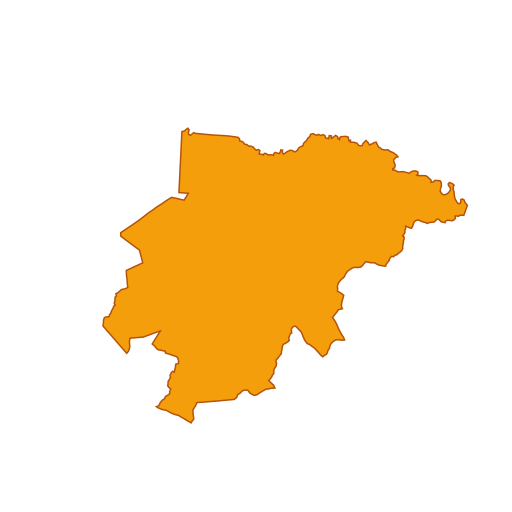 the district of Nyeri Town, Central, Kenya, rotated 309°
{"feature_id": "3690345B58692620094819", "entity_name": "Nyeri Town", "entity_type": "district", "adm_level": 2, "iso_a3": "KEN", "parent_name": "Kenya", "parent_adm1": "Central", "projection": "orthographic", "projection_center": [36.977, -0.417], "detail": "fine", "context": "isolated", "style": "filled", "palette": "amber", "viewbox_px": 512, "rotation_deg": 309, "n_neighbors": 0, "source": "geoboundaries", "source_scale": "gbopen_adm2", "svg_char_len": 6137}
<svg xmlns="http://www.w3.org/2000/svg" viewBox="0 0 512 512"><g transform="rotate(309 256 256)"><path d="M99.0,216.8L101.8,216.8L104.2,216.0L106.6,214.6L109.8,211.4L111.5,210.6L112.8,209.7L122.0,219.4L134.3,226.7L137.5,228.8L122.3,230.7L122.2,232.6L122.3,234.2L121.6,236.0L121.5,239.0L123.0,241.5L123.6,243.0L125.0,245.3L123.6,246.7L124.6,249.0L126.1,252.9L126.7,254.8L127.6,256.7L127.7,259.0L125.7,261.9L123.7,263.4L121.4,261.7L118.7,263.5L115.7,264.8L114.4,265.6L113.9,263.8L112.1,263.6L109.0,264.4L107.6,266.1L103.3,266.6L101.4,268.0L99.5,269.2L99.0,271.2L99.0,273.5L96.2,274.2L94.9,275.5L92.9,275.2L90.0,274.1L87.4,274.7L84.5,273.8L81.5,273.9L80.0,274.4L78.4,274.6L76.2,273.4L76.4,275.4L77.3,278.7L78.1,280.6L79.3,282.7L79.9,284.7L80.6,289.1L81.6,292.3L83.4,296.3L83.7,299.4L84.2,301.7L84.8,306.4L85.5,310.6L87.7,310.2L89.6,310.4L90.9,309.6L92.4,307.8L94.8,305.5L96.7,303.8L99.3,303.6L102.0,303.2L104.8,302.3L118.6,316.8L130.8,329.3L133.1,329.9L134.8,329.8L136.9,328.9L138.6,329.8L142.7,330.3L144.2,331.2L145.4,332.4L146.5,334.2L145.6,337.8L146.0,340.4L146.6,342.3L148.8,344.1L150.8,344.6L152.4,345.2L155.4,346.2L158.8,347.6L160.7,349.5L162.4,350.7L164.0,352.3L165.2,353.8L166.6,351.3L167.2,344.2L169.0,344.4L172.0,344.3L173.9,343.7L175.9,343.7L177.4,342.6L179.1,341.3L180.6,341.2L183.5,340.8L185.7,339.4L186.6,337.8L188.2,337.0L190.2,337.4L192.6,337.1L194.5,337.2L196.1,337.1L197.7,336.0L201.2,334.1L203.0,333.1L204.8,332.9L206.7,333.9L208.8,334.6L211.2,335.1L212.4,333.4L214.3,332.5L217.1,331.6L218.7,332.2L220.0,330.7L221.6,329.4L223.8,329.2L226.0,330.3L226.4,332.2L226.0,333.9L225.7,336.4L225.6,337.9L225.1,339.7L224.2,341.3L223.3,342.7L222.2,344.9L221.1,347.1L220.5,349.4L220.2,351.1L220.9,353.2L221.0,355.0L221.0,356.7L221.2,358.6L221.1,360.7L220.7,362.6L220.3,365.4L219.7,368.8L219.7,371.4L222.2,371.8L223.8,372.6L225.7,372.3L227.8,371.4L230.5,371.2L232.2,370.3L234.0,369.6L237.1,369.6L239.4,370.1L241.2,371.0L242.4,372.3L243.4,373.8L244.3,375.2L245.4,376.6L246.5,377.7L247.9,375.1L248.7,372.6L249.4,370.8L250.7,367.5L251.7,365.4L252.7,363.6L254.0,361.1L255.0,358.6L255.8,356.3L256.3,354.1L260.7,354.1L263.4,354.1L266.1,353.8L269.4,356.4L270.4,354.4L271.9,353.0L274.0,351.9L276.4,350.8L278.9,349.7L280.7,348.9L280.6,344.8L279.9,341.4L282.2,339.9L283.3,338.6L285.0,337.7L287.3,337.0L290.7,337.0L292.4,337.1L293.8,337.6L295.6,337.7L298.0,337.0L301.9,336.8L303.9,337.3L305.8,338.0L307.5,338.4L309.5,340.1L311.3,342.6L313.3,344.4L315.8,344.8L317.9,344.7L320.9,345.0L321.6,346.9L323.3,349.9L325.5,352.6L325.6,354.5L326.3,357.4L327.4,359.4L328.7,361.8L329.7,363.1L331.4,362.4L333.5,362.3L335.8,362.4L338.9,361.4L341.1,361.7L342.1,363.4L343.9,363.5L345.5,364.7L347.5,364.9L350.1,365.6L352.2,365.8L353.9,365.5L355.6,364.1L357.3,363.0L359.0,362.3L360.4,361.1L362.5,360.4L364.0,359.1L363.9,357.3L366.4,357.3L368.2,356.9L369.4,355.5L371.3,355.2L373.4,353.5L374.1,355.8L374.4,357.3L375.4,359.4L378.1,358.9L380.4,357.9L382.1,357.5L384.2,358.0L386.2,359.4L386.7,361.6L387.6,364.5L388.5,366.1L388.9,368.4L391.0,369.7L392.9,371.4L394.4,373.0L396.5,373.4L398.5,373.4L399.5,374.8L399.1,378.4L400.8,381.9L402.7,381.5L404.3,382.3L405.5,384.0L406.8,386.3L408.9,387.2L410.8,387.3L412.3,385.6L413.5,386.9L414.3,388.4L416.1,388.8L417.0,390.0L418.4,391.9L420.9,391.1L423.7,390.0L426.8,389.0L428.4,388.4L429.2,384.4L430.5,382.6L430.2,380.6L428.9,379.6L427.2,380.8L425.7,381.6L424.1,380.7L424.1,378.5L424.9,376.9L425.4,375.3L426.4,373.8L427.7,372.3L428.7,371.1L430.3,369.8L431.5,367.9L433.5,365.8L435.7,365.4L435.8,363.3L434.9,360.1L433.2,359.9L431.9,361.2L431.4,363.8L430.2,365.3L427.9,365.8L425.2,365.6L422.8,364.5L421.5,362.9L421.3,361.1L422.4,358.2L424.7,356.9L426.9,356.2L429.7,353.6L430.3,351.7L428.9,349.5L427.1,347.3L425.2,347.2L423.4,345.7L425.2,344.2L425.3,341.9L425.5,339.2L425.2,337.4L423.0,334.5L420.7,331.7L419.9,330.2L421.6,330.3L423.2,329.0L422.8,326.9L421.6,325.3L420.4,324.3L418.9,323.6L416.5,322.8L415.9,320.9L415.0,319.2L414.4,317.5L412.9,315.8L411.7,314.6L410.8,313.3L410.3,311.7L410.3,310.1L408.9,308.4L409.9,307.2L411.4,308.2L413.4,307.6L414.8,306.2L415.7,304.2L417.4,302.4L420.6,302.7L422.4,303.9L422.9,301.9L422.8,299.6L422.6,297.3L422.0,295.4L421.6,293.8L421.7,291.8L420.6,290.7L419.5,289.4L418.0,286.6L418.2,284.3L417.8,282.5L419.1,279.8L420.1,277.7L418.4,276.4L416.4,275.7L413.7,274.2L414.8,271.2L415.0,268.8L410.6,268.3L408.8,269.0L407.4,268.1L406.5,266.0L407.2,263.7L406.1,260.6L403.8,257.8L405.4,256.6L404.0,255.9L406.4,252.8L405.6,250.6L404.0,248.9L402.2,246.9L400.6,246.6L399.0,247.7L398.7,245.8L400.1,244.3L399.8,241.9L397.4,241.4L394.9,240.6L396.8,238.9L395.7,237.1L392.9,238.6L391.6,235.7L393.0,233.8L392.4,231.6L390.4,230.5L389.8,227.9L388.1,227.4L387.5,225.8L387.0,223.3L384.9,221.8L382.6,222.7L380.5,222.1L377.4,222.6L375.3,222.2L373.4,222.1L371.3,223.1L368.6,221.7L366.6,221.2L363.9,221.6L361.8,221.0L360.9,219.7L361.0,218.2L359.8,216.1L356.2,214.3L354.5,214.0L352.4,213.1L353.1,211.2L355.0,210.1L354.1,208.5L352.6,209.2L350.5,209.7L349.3,207.8L348.6,205.8L346.7,205.4L345.2,206.2L344.4,204.4L343.2,202.9L342.0,201.6L342.1,199.6L341.0,197.9L339.1,198.0L338.4,196.0L337.2,194.3L338.9,193.4L340.4,192.6L340.2,190.7L338.5,189.9L338.3,188.1L338.9,185.5L338.2,182.9L336.7,181.0L336.9,178.6L335.7,177.0L336.4,174.5L336.0,172.4L335.2,170.9L336.8,169.3L336.8,167.1L332.8,160.4L329.6,155.6L322.9,146.4L313.1,131.6L312.7,130.0L308.6,129.1L308.1,127.2L309.6,125.6L312.0,124.6L312.4,122.6L310.2,122.0L308.1,121.7L306.1,120.1L256.8,156.2L262.1,163.9L254.2,165.0L252.9,162.5L251.0,158.4L249.2,155.1L248.5,153.5L242.4,151.4L236.8,149.8L234.0,148.8L231.1,147.9L226.1,146.6L223.7,145.8L221.1,145.1L216.2,144.0L210.9,142.7L202.6,140.4L194.3,137.8L189.0,136.2L186.3,138.5L187.2,161.8L179.4,172.3L169.5,167.4L163.1,164.3L159.8,167.2L156.2,171.0L153.8,173.1L150.9,176.1L148.4,175.1L146.6,173.6L145.2,172.5L142.5,172.1L140.4,171.7L138.5,170.8L137.2,172.6L135.3,172.4L133.6,173.7L131.8,174.8L129.9,175.7L129.4,177.4L127.8,177.0L125.9,177.6L123.8,178.0L121.7,178.5L119.9,179.3L118.4,179.0L116.3,180.0L114.3,177.8L112.6,177.0L110.3,177.8L107.4,179.9L105.3,181.1L99.0,216.8Z" fill="#f59e0b" stroke="#b45309" stroke-width="1.5"/></g></svg>